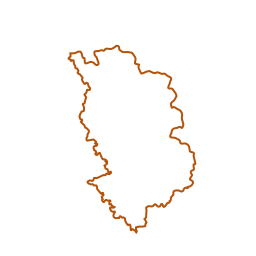 an SVG outline of Vitebsk, rotated 59°
{"feature_id": "BLR-2341", "entity_name": "Vitebsk", "entity_type": "Region", "adm_level": 1, "iso_a3": "BLR", "parent_name": "Belarus", "parent_adm1": "", "projection": "albers", "projection_center": [28.969, 55.191], "detail": "fine", "context": "isolated", "style": "outline", "palette": "amber", "viewbox_px": 256, "rotation_deg": 59, "n_neighbors": 0, "source": "natural_earth", "source_scale": "10m", "svg_char_len": 5870}
<svg xmlns="http://www.w3.org/2000/svg" viewBox="0 0 256 256"><g transform="rotate(59 128 128)"><path d="M48.8,119.0L48.2,118.9L46.0,118.0L45.5,117.6L45.3,116.9L45.7,115.7L46.9,113.5L47.5,111.1L47.8,110.4L49.2,109.1L49.3,108.4L48.7,107.0L48.9,105.5L51.4,102.2L51.8,100.8L51.9,99.1L51.8,97.3L51.5,95.8L52.4,94.4L53.3,94.0L54.2,94.1L56.2,95.0L57.0,94.9L60.0,93.5L60.7,92.7L62.9,88.9L65.1,86.4L66.0,85.8L70.7,85.4L72.2,85.7L73.0,86.1L75.2,88.1L76.2,88.7L76.9,88.4L79.4,85.9L80.3,87.0L81.4,87.7L82.6,88.1L87.2,88.6L88.2,88.5L88.9,86.1L89.2,83.0L90.3,80.2L93.9,77.9L95.1,75.8L95.3,74.2L96.5,73.1L99.0,71.2L100.1,68.9L100.7,68.3L102.7,67.7L104.2,67.0L105.8,65.9L107.4,65.3L108.8,66.2L109.5,67.4L111.9,70.1L113.0,71.7L113.8,72.5L114.5,72.8L115.4,72.3L116.6,70.4L117.4,69.8L122.8,69.3L125.5,69.9L125.8,70.2L127.9,73.8L128.3,75.4L128.5,76.9L128.9,78.2L129.8,79.1L132.6,79.9L133.4,79.7L133.5,78.2L134.4,77.2L136.7,76.2L138.8,74.8L140.6,74.1L142.7,74.1L144.8,74.9L147.6,77.0L153.2,78.6L153.9,79.0L155.2,80.5L155.6,81.1L155.7,81.6L155.5,82.0L155.0,82.1L154.1,82.6L153.8,82.8L153.5,83.4L153.1,86.2L152.2,88.4L152.1,89.4L152.3,90.8L152.8,91.7L154.6,93.3L156.4,95.9L157.1,96.3L158.1,96.0L160.9,92.5L164.5,90.4L165.5,90.2L168.0,90.8L168.9,90.3L170.3,87.6L171.2,86.4L172.6,85.6L174.0,85.2L175.5,85.3L179.8,86.9L180.8,86.5L182.4,84.9L183.2,84.5L183.9,84.6L185.8,86.2L193.1,88.5L193.4,88.8L193.4,89.4L193.1,90.5L193.6,91.0L196.9,92.5L197.5,93.2L197.7,94.0L197.4,95.2L197.4,95.8L197.9,96.7L198.7,97.2L199.5,97.3L201.0,97.2L201.5,97.4L203.4,101.1L204.4,101.3L205.6,100.6L207.2,100.0L208.6,100.6L209.7,102.4L210.0,104.8L209.3,107.2L210.1,107.6L209.9,108.4L208.9,109.2L208.7,110.3L209.0,111.4L210.2,113.1L210.2,114.4L209.8,115.1L207.6,116.8L206.4,118.7L205.9,119.9L205.8,121.1L206.2,121.9L206.8,122.5L208.2,123.1L208.7,123.9L209.4,126.3L209.9,127.1L211.7,128.4L212.1,128.9L212.2,129.2L212.1,129.8L212.1,130.1L212.8,130.4L213.1,130.9L213.2,131.3L213.0,132.0L212.7,132.4L212.7,132.9L212.8,133.4L213.6,135.1L214.1,136.7L214.1,137.9L213.2,138.2L211.4,137.8L210.7,137.9L210.4,138.7L210.9,139.8L211.4,140.5L211.6,141.2L211.0,142.5L210.3,143.0L208.0,143.5L207.2,144.3L207.3,144.9L207.7,145.9L207.7,147.5L207.1,148.6L206.3,149.5L205.6,150.7L205.4,152.5L205.8,153.5L206.4,153.9L207.9,154.4L213.8,158.5L214.4,159.5L214.5,160.7L215.3,160.6L218.5,160.8L219.4,162.6L221.0,163.8L220.0,166.3L218.2,169.4L217.3,172.3L218.5,173.1L221.3,173.8L221.7,174.7L220.9,174.8L219.7,174.7L218.6,175.5L217.1,176.1L216.9,176.5L217.2,177.8L216.9,178.1L212.6,176.1L211.8,176.3L211.4,176.6L211.3,176.9L211.4,177.6L211.3,177.9L210.2,178.3L207.7,178.3L205.7,178.0L204.0,177.2L203.3,177.4L202.3,178.0L202.1,178.8L201.8,179.1L200.2,179.7L199.6,180.1L199.5,180.6L199.6,180.8L200.5,181.7L200.6,182.0L199.8,183.0L199.2,184.6L198.5,185.4L197.3,186.0L196.7,186.0L195.6,185.6L194.4,184.5L193.5,182.7L192.9,182.4L192.5,182.8L192.4,183.5L192.1,184.1L190.3,185.2L189.6,185.2L187.5,184.8L187.2,184.5L187.0,184.2L188.4,182.2L189.0,180.6L188.9,180.3L186.6,181.8L184.4,181.8L184.2,182.9L183.6,183.2L181.4,181.8L181.4,181.4L181.7,181.2L181.7,180.8L181.1,180.6L180.6,181.1L180.3,182.0L179.8,182.7L178.4,183.8L178.3,184.0L178.4,185.0L178.9,186.2L179.0,186.6L178.7,187.3L178.4,187.4L176.8,187.5L176.1,187.1L176.1,186.4L173.6,186.0L173.6,185.3L172.9,184.5L172.9,183.9L172.8,183.5L170.9,182.9L170.6,183.1L170.4,183.6L171.0,184.2L171.1,184.4L170.8,184.7L169.9,185.0L164.9,185.8L164.4,185.8L162.1,184.8L161.1,184.7L160.6,185.1L159.8,186.7L157.9,187.3L157.3,188.7L156.8,189.2L155.3,190.3L153.9,190.7L153.6,190.6L153.1,189.8L153.2,187.9L153.5,187.3L154.8,186.1L155.1,185.5L155.1,185.2L154.2,183.7L153.4,183.0L153.4,182.8L153.9,182.3L154.2,181.3L154.6,181.0L154.9,180.4L155.1,179.2L155.6,173.7L156.7,171.7L156.7,171.2L156.1,170.5L156.0,170.0L158.0,167.7L157.8,166.0L157.3,165.4L156.8,165.3L156.5,165.4L156.4,166.9L156.0,167.4L155.6,167.5L152.9,166.9L151.2,168.1L150.8,168.1L149.6,167.6L148.1,167.5L148.0,165.5L147.8,164.4L147.5,164.0L147.0,163.8L145.2,164.5L144.7,164.5L144.5,164.3L144.5,163.9L145.0,163.2L144.7,163.2L143.1,163.9L142.1,165.4L141.1,165.8L140.1,165.8L135.0,165.0L134.7,165.3L134.5,166.4L134.6,166.8L135.2,167.7L135.2,168.1L134.7,169.1L133.6,169.4L133.2,169.3L133.1,169.1L132.9,168.0L132.5,167.8L130.6,167.6L129.8,168.3L129.4,168.4L127.0,167.6L126.5,167.1L126.3,166.2L126.3,165.7L127.0,164.5L127.0,164.1L126.9,163.7L126.4,163.0L125.9,162.7L125.0,163.8L124.3,164.1L123.7,162.5L123.3,162.5L120.1,163.5L119.9,163.9L117.9,169.3L117.4,169.7L116.7,169.6L115.0,168.6L114.7,167.7L114.5,167.4L114.1,166.9L112.8,166.1L112.3,165.5L111.6,164.0L110.6,163.1L109.5,163.0L107.7,163.3L106.8,163.6L105.6,164.5L103.3,164.0L98.6,165.3L98.3,164.9L98.3,163.8L98.2,163.5L97.5,163.2L96.9,163.2L96.1,164.2L95.6,164.3L92.9,163.6L92.3,162.6L91.1,161.4L90.8,160.4L90.0,159.4L90.0,159.1L90.4,158.3L90.6,157.2L90.0,156.5L88.1,155.2L84.4,154.5L84.2,154.4L84.1,154.1L84.4,152.8L84.3,152.4L81.4,149.6L80.4,148.2L79.8,148.0L77.8,148.2L76.8,148.0L76.7,147.8L76.7,146.7L76.4,145.9L75.4,144.5L74.3,143.5L74.4,143.1L75.4,141.7L75.6,141.2L75.2,140.6L74.4,139.9L72.1,140.3L69.1,139.5L67.9,140.3L67.8,140.7L68.0,141.6L68.0,142.3L67.3,142.7L64.4,142.8L63.0,142.6L62.5,142.3L61.8,141.2L61.3,141.0L57.5,141.5L55.9,142.5L55.0,142.8L54.6,142.6L54.2,141.8L53.8,141.4L53.2,141.0L50.8,141.0L50.0,141.9L49.1,142.1L47.8,141.3L45.7,141.3L44.7,141.1L42.2,139.9L41.5,140.3L41.3,140.9L41.4,141.8L41.2,142.1L40.8,142.4L40.2,141.9L39.8,142.0L39.5,142.2L38.6,143.0L38.1,143.2L37.5,142.8L37.3,142.0L37.1,140.5L36.8,140.2L34.3,138.9L35.0,137.9L36.5,135.0L36.6,134.4L36.7,133.6L36.8,132.0L36.9,131.3L38.1,129.5L39.8,129.3L44.2,130.5L44.6,130.4L45.4,129.5L45.9,129.4L49.7,131.3L50.6,131.2L51.2,130.3L51.6,128.4L51.9,126.6L52.2,125.9L52.8,125.1L53.9,124.1L54.5,123.8L56.9,123.2L57.8,122.6L58.3,121.5L58.0,120.4L57.2,119.8L51.1,118.5L48.8,119.0Z" fill="none" stroke="#b45309" stroke-width="2"/></g></svg>